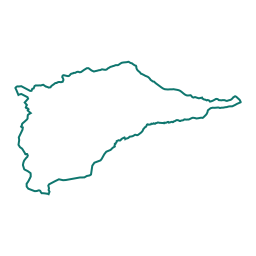 the district of Rona De Jos, Maramures, Romania
{"feature_id": "2599482B30992645839437", "entity_name": "Rona De Jos", "entity_type": "district", "adm_level": 2, "iso_a3": "ROU", "parent_name": "Romania", "parent_adm1": "Maramures", "projection": "equal_earth", "projection_center": [24.015, 47.917], "detail": "fine", "context": "isolated", "style": "outline", "palette": "teal", "viewbox_px": 256, "rotation_deg": 0, "n_neighbors": 0, "source": "geoboundaries", "source_scale": "gbopen_adm2", "svg_char_len": 5628}
<svg xmlns="http://www.w3.org/2000/svg" viewBox="0 0 256 256"><path d="M48.6,194.2L49.5,191.7L48.6,190.0L49.0,188.3L48.3,185.6L49.1,184.3L55.2,181.1L58.9,179.3L63.1,180.2L65.9,180.0L79.8,177.5L84.4,177.4L86.8,176.0L89.7,175.4L91.0,174.5L91.9,168.4L92.3,165.7L94.4,162.7L100.5,160.4L101.7,158.9L104.3,154.2L106.3,151.7L110.6,149.9L112.4,148.1L112.7,147.8L114.8,146.5L114.5,145.4L114.8,144.7L115.3,144.1L115.0,143.7L116.1,142.8L116.4,142.4L116.6,141.9L116.7,141.1L118.8,140.2L119.7,140.5L120.1,140.5L120.7,140.1L121.2,139.3L122.0,138.7L123.7,137.8L124.5,137.5L125.1,138.7L125.2,139.0L125.5,138.7L126.4,138.6L127.4,138.3L128.4,137.9L129.3,137.0L129.9,136.6L130.5,136.6L132.6,136.2L133.7,135.6L135.0,134.8L135.6,134.8L136.6,135.1L137.2,135.2L138.2,134.8L141.3,132.4L142.6,130.9L143.4,129.0L144.2,128.3L144.7,127.4L145.9,126.8L146.3,126.0L146.7,125.5L146.9,124.7L147.5,124.3L148.1,124.4L148.7,124.7L150.8,124.4L151.3,123.7L151.7,123.7L152.2,123.9L153.0,123.8L153.4,123.4L153.6,123.3L154.4,123.7L155.0,123.8L155.5,123.2L156.6,123.1L157.6,122.5L158.3,122.5L159.4,122.8L160.2,122.9L161.0,122.9L162.2,123.0L163.1,123.0L163.7,123.2L164.3,123.2L164.4,122.7L165.2,122.7L165.9,122.8L166.9,122.4L167.6,122.0L168.2,121.9L168.6,122.1L168.8,122.6L169.7,122.5L170.5,122.2L171.4,121.9L172.2,121.9L172.8,122.2L173.3,122.0L173.6,121.5L174.6,121.2L175.3,120.9L176.0,120.4L176.7,120.1L177.3,120.1L178.0,120.2L178.8,120.5L179.6,121.0L180.4,121.0L181.0,120.6L181.6,120.5L182.3,120.4L183.0,120.3L183.8,119.9L184.3,119.4L185.0,119.4L185.9,119.6L188.8,119.5L189.9,119.0L191.3,118.3L192.5,117.8L193.5,117.8L195.2,118.1L196.4,118.5L197.0,118.4L198.0,118.3L201.1,117.7L202.7,117.9L204.0,116.8L205.9,114.9L206.7,113.9L207.5,112.1L207.8,110.6L208.2,110.0L209.1,109.4L209.9,108.7L210.9,108.1L211.9,107.9L212.6,107.7L214.2,107.8L216.0,107.7L217.7,107.5L218.5,107.5L220.0,108.0L221.5,107.7L222.6,107.7L223.5,107.6L225.4,107.2L226.7,107.1L228.0,106.7L229.2,106.4L232.3,106.3L235.4,104.8L236.7,104.0L237.6,103.6L240.6,102.3L240.6,101.7L239.6,99.8L236.3,96.8L235.3,96.3L234.7,96.4L234.1,96.9L233.7,97.1L233.2,97.4L232.9,97.9L232.4,98.4L231.8,99.0L231.2,99.5L230.4,99.9L229.2,100.2L228.1,100.5L227.4,100.8L226.6,100.9L226.2,100.8L224.9,100.3L224.2,100.1L223.4,100.1L222.5,100.1L221.7,100.3L221.2,100.3L218.8,100.1L218.3,99.6L217.6,99.1L216.3,98.9L215.6,99.1L214.7,99.7L212.6,100.8L211.2,101.3L210.0,101.6L209.2,100.6L208.3,100.2L207.6,100.0L206.7,100.4L206.0,100.0L205.0,99.6L204.0,99.5L203.4,99.0L202.5,98.7L202.1,97.6L198.9,98.3L197.8,98.0L196.3,97.5L195.3,97.1L194.8,97.1L193.7,97.5L193.2,97.5L192.6,97.2L192.0,96.8L191.2,95.7L190.7,95.3L190.3,95.2L189.2,95.4L187.7,95.5L186.8,95.4L186.0,95.1L185.0,94.6L183.4,93.4L182.1,92.3L180.4,91.0L179.2,90.4L178.3,90.1L176.9,89.8L175.1,89.5L173.5,89.2L172.4,89.3L170.3,89.3L169.2,89.4L167.9,89.5L164.7,89.2L164.2,89.0L162.9,88.4L161.4,87.4L155.7,83.2L154.7,82.3L154.2,81.7L152.7,81.4L151.6,80.5L150.9,80.1L150.3,79.5L150.1,79.0L148.8,77.6L147.9,76.9L146.8,76.4L145.3,75.8L143.9,75.0L141.9,74.0L140.8,73.6L140.1,72.5L137.9,70.6L137.0,69.5L136.5,68.3L136.3,67.3L136.3,66.5L136.1,66.1L135.9,65.7L135.4,65.6L134.5,65.2L132.6,63.9L132.1,63.4L131.5,63.2L130.7,63.0L129.5,62.4L128.7,61.8L128.1,61.8L127.6,62.0L126.5,62.2L123.2,62.5L121.7,62.8L120.3,63.6L118.9,64.6L118.0,65.1L117.2,65.2L116.0,65.1L115.3,65.3L113.8,65.9L112.6,66.2L111.9,66.5L110.7,66.8L109.9,67.2L109.0,67.8L108.0,68.3L107.3,68.9L106.8,69.4L106.0,69.7L105.3,69.8L104.2,69.7L102.0,69.3L101.4,69.6L100.6,69.9L100.1,70.1L99.2,70.2L98.6,70.3L97.3,70.7L95.4,71.1L94.3,71.4L93.9,71.5L91.6,70.5L90.5,69.7L89.2,68.7L88.5,68.2L87.7,68.2L86.9,68.2L86.5,68.4L86.0,68.7L85.4,69.1L84.7,69.5L84.2,69.8L81.1,72.0L79.8,72.3L78.3,71.8L77.5,71.8L76.7,72.0L75.5,72.7L75.0,72.9L74.5,72.9L74.1,72.9L73.9,72.9L73.7,72.9L73.1,73.3L72.9,73.3L72.6,73.4L72.4,73.4L72.3,73.5L71.1,73.8L70.9,74.0L70.6,74.2L69.9,75.1L69.0,75.9L68.8,76.0L68.2,76.1L67.9,76.1L67.3,76.0L66.7,75.9L63.8,75.2L63.5,75.2L62.8,75.5L62.6,75.7L62.6,76.0L62.3,76.7L62.3,77.3L63.0,78.3L63.3,79.2L63.4,80.0L63.2,80.6L62.6,81.8L62.2,81.7L61.9,81.9L61.4,82.1L60.9,82.2L60.3,82.1L59.6,82.0L58.6,82.0L58.2,82.2L57.6,82.3L57.3,82.4L56.7,83.0L55.7,83.0L54.8,83.4L54.3,83.9L51.9,85.6L51.3,86.1L50.5,87.3L49.1,87.5L48.4,87.5L47.8,87.1L46.9,86.9L46.4,86.6L46.2,86.6L45.9,86.6L45.3,86.2L44.4,85.6L43.9,85.2L43.3,84.8L42.6,84.9L40.7,85.5L39.8,85.4L36.9,85.5L35.8,85.4L34.6,86.0L33.6,88.5L32.3,88.8L31.5,90.8L30.2,90.9L21.3,86.2L18.6,86.5L18.2,86.4L17.5,86.4L16.8,86.6L15.9,87.3L15.4,88.0L16.4,90.1L18.4,94.9L18.7,94.7L19.0,94.6L21.2,94.0L22.1,94.4L27.5,97.2L28.1,98.7L24.7,102.5L26.9,105.0L26.7,105.3L26.2,106.2L26.1,107.0L25.8,107.5L26.4,108.2L27.0,108.1L27.7,108.4L28.5,109.2L28.0,109.8L27.7,110.5L30.7,113.1L29.2,114.0L28.2,114.6L27.8,115.1L27.7,116.1L27.6,117.0L27.6,117.5L27.6,118.4L27.1,119.3L24.5,121.7L22.7,123.2L22.0,124.1L21.8,125.7L21.4,126.1L21.2,126.4L21.1,126.6L21.4,126.8L21.6,127.1L22.1,127.4L22.8,127.5L22.5,129.7L18.8,137.4L19.2,140.0L18.5,144.8L20.0,147.2L21.9,148.5L22.6,149.4L23.7,151.2L25.0,153.3L25.3,153.9L25.3,154.1L25.7,154.3L26.1,154.2L26.4,154.0L26.8,154.0L27.1,154.0L27.3,154.2L27.5,154.9L27.8,155.5L27.5,156.3L27.3,156.9L26.3,157.8L24.7,159.8L24.1,160.7L23.4,162.6L22.9,165.0L24.1,168.9L24.3,169.3L24.7,169.6L27.7,171.1L30.5,173.1L30.6,173.5L30.7,174.6L30.7,176.7L30.2,177.5L29.8,178.6L29.2,179.4L29.1,179.9L28.0,181.8L26.6,183.8L26.7,186.6L28.3,188.7L34.0,190.9L34.6,191.1L35.7,191.1L36.9,191.0L38.5,190.4L39.2,190.4L39.8,190.6L40.3,191.0L40.5,191.4L40.9,192.3L41.7,193.2L42.6,193.2L44.1,193.3L45.7,193.5L46.9,193.7L47.2,193.6L47.9,193.9L48.6,194.2Z" fill="none" stroke="#0f766e" stroke-width="2"/></svg>